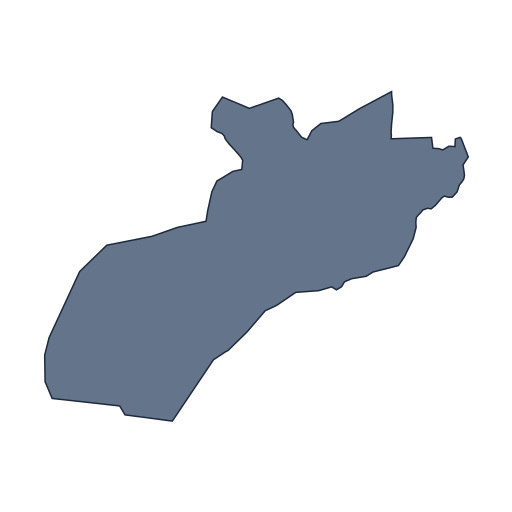 Bodinga, Sokoto, Nigeria, rotated 87°
{"feature_id": "59680162B56562801938729", "entity_name": "Bodinga", "entity_type": "district", "adm_level": 2, "iso_a3": "NGA", "parent_name": "Nigeria", "parent_adm1": "Sokoto", "projection": "natural_earth1", "projection_center": [5.162, 12.807], "detail": "fine", "context": "isolated", "style": "filled", "palette": "slate", "viewbox_px": 512, "rotation_deg": 87, "n_neighbors": 0, "source": "geoboundaries", "source_scale": "gbopen_adm2", "svg_char_len": 1480}
<svg xmlns="http://www.w3.org/2000/svg" viewBox="0 0 512 512"><g transform="rotate(87 256 256)"><path d="M125.5,294.0L128.1,290.5L129.7,288.5L130.3,287.0L131.7,283.8L134.4,281.4L137.5,280.6L142.8,276.9L148.7,272.0L154.4,267.5L156.6,265.9L159.8,264.3L168.8,265.7L170.3,274.7L176.6,286.4L179.0,291.1L189.5,296.7L208.4,301.9L218.7,304.1L223.3,333.0L230.9,358.9L232.0,366.7L237.4,404.5L262.3,432.9L326.7,466.9L343.9,472.2L370.5,473.2L387.6,467.0L398.6,400.0L407.8,395.1L416.5,348.2L357.4,303.9L350.0,291.4L348.9,288.8L345.3,284.8L331.4,269.0L311.1,249.6L306.5,238.2L306.4,238.0L294.4,218.2L293.9,195.1L290.8,182.1L294.0,177.4L291.1,172.1L286.4,169.0L283.7,161.7L282.0,147.0L278.1,139.9L273.0,114.3L264.6,107.9L247.0,98.1L235.9,94.6L230.1,94.6L225.7,93.8L223.6,91.8L221.0,88.9L218.8,87.1L217.3,82.2L218.1,78.6L214.7,74.1L207.8,67.5L206.0,64.8L207.4,60.8L207.5,56.9L202.5,51.8L195.7,49.2L192.6,46.3L190.0,44.5L186.5,43.6L180.7,44.0L175.9,44.5L168.2,38.8L149.5,44.9L148.2,45.9L149.6,50.8L157.1,51.6L156.5,57.7L159.8,63.9L158.3,68.1L157.7,73.7L146.8,74.5L146.0,114.9L142.7,114.5L139.2,114.6L130.7,113.6L120.1,111.9L112.6,111.4L102.8,112.1L98.9,112.0L114.4,145.2L125.8,166.2L127.1,184.3L133.8,193.7L142.6,198.9L139.7,204.3L135.5,207.3L134.4,208.0L132.6,209.3L131.0,210.7L129.3,211.8L126.7,212.3L124.4,211.5L116.9,212.3L112.9,213.4L107.4,217.2L102.3,221.2L99.5,225.0L108.2,254.9L95.5,281.2L108.9,291.6L110.0,292.1L125.5,294.0Z" fill="#64748b" stroke="#1e293b" stroke-width="1.5"/></g></svg>